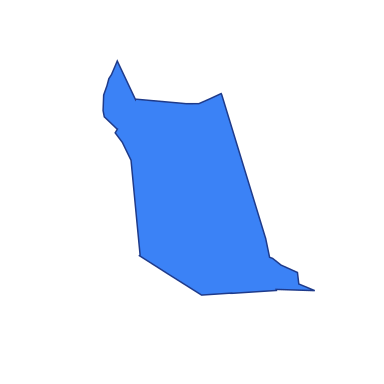 outline of Ti Rocher, Castries, Saint Lucia, rotated 56°
{"feature_id": "8701671B9780152008483", "entity_name": "Ti Rocher", "entity_type": "district", "adm_level": 2, "iso_a3": "LCA", "parent_name": "Saint Lucia", "parent_adm1": "Castries", "projection": "mercator", "projection_center": [-60.972, 13.995], "detail": "fine", "context": "isolated", "style": "filled", "palette": "blue", "viewbox_px": 384, "rotation_deg": 56, "n_neighbors": 0, "source": "geoboundaries", "source_scale": "gbopen_adm2", "svg_char_len": 753}
<svg xmlns="http://www.w3.org/2000/svg" viewBox="0 0 384 384"><g transform="rotate(56 192 192)"><path d="M128.4,113.1L128.0,113.0L126.7,112.8L124.7,125.3L122.6,136.9L119.0,142.3L115.5,147.5L110.9,153.1L102.3,163.7L83.6,186.7L83.9,187.2L41.6,180.7L44.3,184.8L49.7,193.2L51.5,197.5L56.3,203.0L57.4,204.5L62.2,211.0L74.8,220.2L77.8,221.5L80.7,222.7L81.4,222.5L96.6,219.2L97.4,219.0L98.1,218.6L98.3,219.0L100.0,222.6L111.9,222.0L131.6,224.8L187.3,255.1L215.1,270.2L215.4,271.2L247.0,257.5L282.8,241.7L297.7,216.1L297.8,216.3L298.5,215.3L320.8,177.1L319.8,176.7L342.4,145.4L341.5,146.0L341.0,146.3L328.0,154.9L317.7,149.6L302.3,159.1L292.1,162.3L289.5,164.2L271.7,156.9L269.3,156.2L128.4,113.1Z" fill="#3b82f6" stroke="#1e3a8a" stroke-width="1.5"/></g></svg>